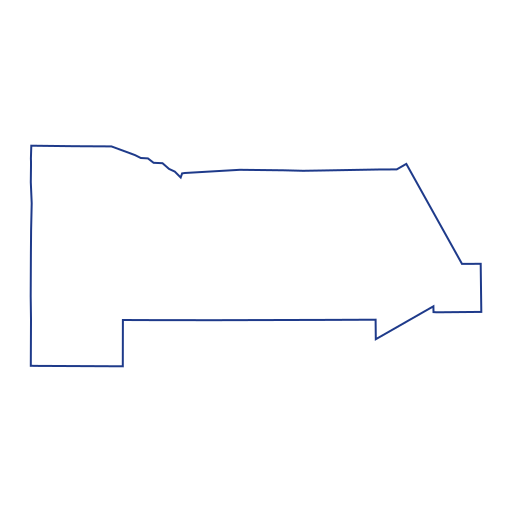 the district of San Miguel, New Mexico, United States of America
{"feature_id": "52423323B97711428373458", "entity_name": "San Miguel", "entity_type": "district", "adm_level": 2, "iso_a3": "USA", "parent_name": "United States of America", "parent_adm1": "New Mexico", "projection": "albers", "projection_center": [-104.906, 35.456], "detail": "fine", "context": "isolated", "style": "outline", "palette": "blue", "viewbox_px": 512, "rotation_deg": 0, "n_neighbors": 0, "source": "geoboundaries", "source_scale": "gbopen_adm2", "svg_char_len": 678}
<svg xmlns="http://www.w3.org/2000/svg" viewBox="0 0 512 512"><path d="M122.8,366.3L122.9,320.0L149.3,320.1L168.1,320.1L209.6,320.2L325.7,319.9L375.6,319.7L375.8,339.2L433.4,306.3L433.5,312.1L436.7,312.3L481.3,311.9L480.8,272.4L480.7,263.8L462.0,263.9L406.3,163.9L396.7,169.4L378.2,169.5L321.7,170.5L303.2,170.8L283.8,170.3L239.8,169.8L184.8,173.0L182.1,173.4L180.7,177.5L174.8,171.6L169.0,168.9L162.5,163.2L153.6,162.8L147.9,158.4L140.8,158.0L135.0,155.1L111.4,146.4L73.5,146.2L31.3,145.7L30.9,158.6L31.0,161.4L31.0,165.9L30.8,182.2L31.7,203.3L31.1,230.1L30.9,253.7L30.7,296.2L31.0,319.7L30.8,365.8L37.7,365.9L122.8,366.3Z" fill="none" stroke="#1e3a8a" stroke-width="2"/></svg>